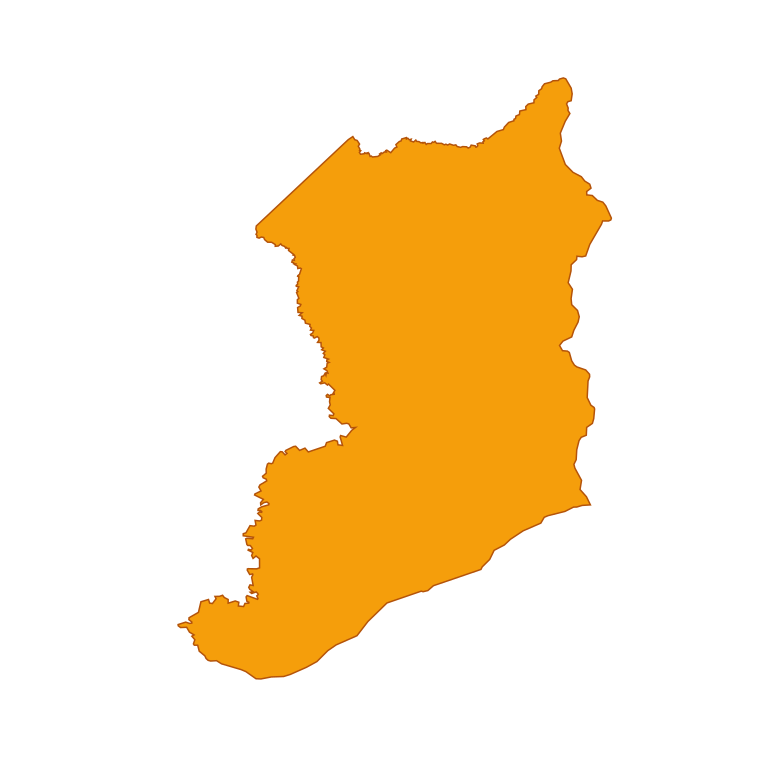 outline of Memot, Kâmpóng Cham, Cambodia, rotated 251°
{"feature_id": "14789045B36806562781005", "entity_name": "Memot", "entity_type": "district", "adm_level": 2, "iso_a3": "KHM", "parent_name": "Cambodia", "parent_adm1": "Kâmpóng Cham", "projection": "natural_earth1", "projection_center": [106.235, 11.913], "detail": "fine", "context": "isolated", "style": "filled", "palette": "amber", "viewbox_px": 768, "rotation_deg": 251, "n_neighbors": 0, "source": "geoboundaries", "source_scale": "gbopen_adm2", "svg_char_len": 6171}
<svg xmlns="http://www.w3.org/2000/svg" viewBox="0 0 768 768"><g transform="rotate(251 384 384)"><path d="M197.7,122.8L191.5,122.3L185.3,126.1L182.4,126.4L180.0,127.7L178.5,129.9L176.9,135.6L172.3,139.3L160.5,155.9L157.0,159.8L147.0,167.0L145.2,171.6L143.7,182.1L140.1,193.9L139.9,200.8L141.4,218.5L143.4,230.2L150.2,244.1L152.9,253.8L154.8,276.5L164.7,291.5L176.0,315.5L176.0,351.8L174.9,353.3L174.4,358.2L177.2,365.1L177.1,415.3L179.1,417.3L183.7,426.8L190.9,434.0L192.6,445.4L196.0,452.9L199.9,467.9L201.4,487.0L205.8,492.1L206.1,496.2L204.6,513.6L205.9,523.1L204.9,526.3L204.7,531.8L202.5,539.8L211.5,538.7L220.4,535.0L228.6,539.4L242.3,537.1L246.2,537.4L249.9,541.1L259.0,544.8L267.0,550.0L269.4,553.1L269.7,558.6L277.0,561.5L278.9,568.2L282.9,571.0L291.8,575.0L293.4,575.0L296.6,572.7L305.0,571.7L320.4,577.9L323.8,580.8L326.3,581.5L331.6,579.3L337.3,572.0L339.8,570.2L344.8,569.0L353.5,569.5L355.4,568.1L357.4,563.6L363.3,562.5L366.3,567.2L367.4,576.8L373.0,581.0L379.3,587.6L384.0,590.5L390.5,590.9L397.9,587.3L403.8,588.7L412.2,593.0L419.8,591.1L430.0,597.6L435.8,599.8L438.9,606.6L442.0,608.0L439.8,612.7L439.4,616.4L449.0,624.0L464.2,641.6L467.0,643.8L465.0,649.4L465.3,651.9L466.8,653.0L480.2,651.7L484.7,650.1L488.2,645.5L494.4,642.3L496.8,637.3L500.0,638.3L501.8,643.5L505.9,643.6L510.5,639.9L515.7,638.1L522.6,631.6L532.5,626.9L549.9,626.5L555.9,630.9L563.8,632.4L573.4,640.9L579.2,647.8L582.8,647.0L585.0,648.0L589.4,647.8L591.1,649.8L590.9,653.2L597.1,656.4L602.8,657.3L613.4,655.2L615.0,653.2L615.2,649.2L614.2,647.6L615.7,642.5L615.1,639.9L615.6,633.5L613.6,630.3L611.9,629.2L610.9,625.9L607.5,624.5L606.8,621.3L605.2,621.7L603.9,618.4L601.1,617.3L601.7,611.5L600.2,608.4L597.2,607.5L597.9,601.3L594.7,599.8L594.4,596.0L592.2,594.8L592.0,593.1L590.6,592.5L590.7,587.0L587.7,581.4L585.7,579.7L586.0,573.0L581.9,562.0L583.3,560.9L583.2,558.7L582.9,557.5L581.3,558.0L580.8,556.4L579.4,556.2L580.8,552.9L580.7,550.3L578.7,550.2L577.9,548.7L578.1,547.9L579.5,547.8L581.5,544.2L579.9,542.6L579.7,540.4L581.4,539.3L582.9,535.6L582.8,533.5L584.7,530.5L586.7,529.8L587.1,527.4L589.6,524.2L589.2,522.0L590.6,520.6L590.5,518.9L592.8,516.8L594.5,512.0L596.8,511.3L596.3,509.7L597.1,508.6L596.0,506.9L597.2,503.4L596.8,501.9L599.1,501.3L599.0,499.3L599.7,499.4L600.0,497.4L601.8,496.0L602.8,493.8L604.3,493.5L603.2,490.8L605.2,488.2L606.6,489.4L606.7,487.4L608.7,486.5L608.4,485.0L609.7,485.3L609.9,480.5L608.3,479.3L608.3,477.4L606.5,473.2L603.8,473.3L603.6,470.8L600.5,465.7L604.2,462.8L604.1,461.6L602.6,461.7L603.3,460.0L602.5,457.1L603.5,456.6L602.9,454.7L601.9,455.2L601.2,452.2L602.4,447.0L603.7,446.2L603.7,445.0L606.9,444.9L607.3,443.4L607.9,444.0L608.2,440.8L609.3,441.5L608.2,440.0L608.9,436.6L611.0,436.1L612.1,437.9L612.8,436.9L613.8,437.7L617.2,437.1L618.8,439.0L623.0,437.9L624.5,435.9L628.1,435.1L626.7,429.8L575.0,314.7L572.2,313.3L568.9,313.4L567.1,311.7L566.0,312.3L564.0,311.6L562.6,313.4L562.9,315.8L561.7,318.0L559.4,318.1L556.0,320.1L554.6,323.9L551.2,326.6L549.6,326.0L548.9,329.0L550.1,332.0L548.2,332.7L546.4,334.9L544.6,335.2L544.8,336.3L543.7,336.5L543.1,338.3L541.3,337.2L535.8,340.8L535.5,340.1L534.6,341.3L532.6,341.3L531.8,339.7L530.1,339.5L531.1,337.8L529.2,336.5L528.2,338.0L527.3,337.6L526.3,339.6L525.9,338.6L523.8,340.6L521.2,340.1L520.9,342.6L519.9,343.4L515.2,339.8L514.5,337.8L513.9,337.4L513.4,338.4L509.0,336.6L508.5,335.3L506.5,334.9L505.8,333.1L504.9,332.9L503.7,335.0L500.6,332.0L499.4,332.6L499.0,331.1L492.7,331.4L491.9,329.5L488.6,328.4L486.3,331.3L485.0,330.2L484.4,327.2L479.7,326.0L478.0,329.8L476.5,326.1L474.8,328.6L472.7,327.7L470.1,330.0L467.1,329.5L464.4,333.5L462.7,332.6L460.6,333.6L458.9,332.0L457.5,335.0L455.4,333.1L454.8,330.6L453.7,330.7L452.4,332.8L450.8,332.4L450.1,333.2L450.6,336.3L448.7,337.4L446.6,336.8L445.0,334.7L443.7,337.9L439.6,336.7L437.8,338.4L436.7,336.2L434.1,339.2L432.7,336.5L430.9,337.6L428.7,335.7L425.6,339.6L425.3,337.8L424.0,337.2L422.3,339.1L422.1,337.0L418.6,335.3L417.9,332.1L415.2,334.4L412.5,334.5L413.4,333.1L411.1,331.9L413.2,331.7L411.4,329.6L411.4,327.4L408.6,326.0L406.7,326.6L406.0,323.5L404.8,324.2L404.4,328.3L401.4,330.2L402.0,331.5L394.0,335.5L391.6,332.7L391.5,333.8L390.5,333.6L391.2,330.3L390.4,329.0L392.6,327.2L391.9,325.6L390.4,325.4L388.7,328.5L384.9,326.7L381.8,326.4L379.1,323.4L372.1,326.9L370.7,325.6L372.3,322.3L371.0,321.6L368.9,322.6L366.9,327.4L359.9,331.2L359.0,335.9L357.8,337.7L353.2,338.7L352.2,342.9L350.7,338.4L346.1,331.0L349.4,326.2L348.2,325.3L339.4,324.8L341.5,320.7L345.1,321.3L347.1,318.9L347.3,310.6L344.3,308.2L344.4,290.3L349.1,288.4L348.7,282.6L353.9,280.2L354.3,278.2L353.2,269.6L352.3,268.5L350.0,269.7L349.2,267.4L353.0,265.7L353.8,264.0L349.9,257.0L345.4,253.0L345.3,251.6L346.7,249.2L346.2,247.7L342.0,244.9L338.0,243.6L336.3,239.1L334.7,239.2L332.3,241.7L330.6,241.6L329.0,233.9L327.3,232.1L322.9,232.9L322.1,226.2L321.2,225.5L314.2,232.4L311.9,228.6L309.8,228.1L310.9,231.6L310.6,234.8L308.4,236.3L307.3,235.7L307.7,228.4L306.9,224.4L305.5,223.7L304.6,226.0L303.2,226.9L302.5,226.5L303.5,224.5L302.7,222.5L297.6,225.0L295.2,223.9L295.0,221.8L297.0,217.7L292.3,217.0L291.8,215.0L293.7,211.2L288.2,205.0L288.3,202.2L287.3,201.8L286.3,201.5L281.6,210.7L280.4,209.5L282.8,204.1L282.6,202.8L276.9,202.1L275.7,202.6L274.8,205.0L271.4,206.1L270.3,204.4L271.8,202.0L271.1,201.4L267.4,205.1L264.9,203.0L261.7,203.4L263.0,207.0L259.3,209.4L250.7,206.5L250.7,203.4L253.6,195.4L253.6,194.6L252.4,194.1L247.6,195.0L247.2,197.9L246.3,197.9L244.3,195.9L236.1,194.7L237.7,191.9L235.8,189.9L233.7,190.2L230.2,192.7L230.7,189.7L229.0,190.7L229.0,195.5L226.9,196.5L225.8,196.4L225.1,194.7L222.2,195.0L221.6,194.3L228.5,185.7L227.6,184.3L223.3,183.6L221.6,185.2L220.8,184.7L221.8,181.1L219.3,178.8L221.5,174.0L224.9,175.7L227.3,172.7L227.5,165.3L231.0,166.5L234.1,163.5L236.8,162.6L236.8,159.3L238.2,155.0L235.6,155.3L232.3,150.3L233.6,147.8L237.4,147.9L237.7,140.0L228.5,134.2L226.5,123.6L224.7,122.8L221.6,124.8L220.5,124.4L220.9,122.3L223.4,119.0L223.6,111.0L222.4,110.7L220.0,112.3L218.2,118.2L212.7,119.3L208.6,122.7L208.1,120.2L203.8,121.9L200.3,119.2L198.8,119.6L197.7,122.8Z" fill="#f59e0b" stroke="#b45309" stroke-width="1.5"/></g></svg>